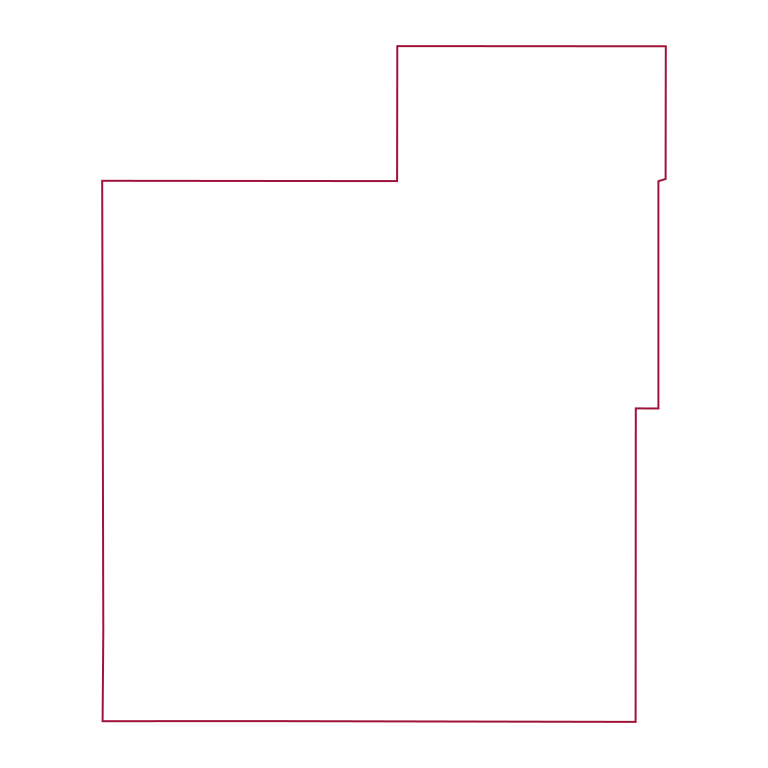 the district of Jackson, Kansas, United States of America
{"feature_id": "52423323B12830113824680", "entity_name": "Jackson", "entity_type": "district", "adm_level": 2, "iso_a3": "USA", "parent_name": "United States of America", "parent_adm1": "Kansas", "projection": "mercator", "projection_center": [-95.775, 39.435], "detail": "fine", "context": "isolated", "style": "outline", "palette": "rose", "viewbox_px": 768, "rotation_deg": 0, "n_neighbors": 0, "source": "geoboundaries", "source_scale": "gbopen_adm2", "svg_char_len": 281}
<svg xmlns="http://www.w3.org/2000/svg" viewBox="0 0 768 768"><path d="M102.2,180.8L103.3,631.7L102.6,721.2L258.3,721.1L635.6,721.9L635.8,408.4L658.4,408.5L658.4,181.2L665.6,179.0L665.8,46.3L397.3,46.1L397.1,181.1L102.2,180.8Z" fill="none" stroke="#9f1239" stroke-width="2"/></svg>